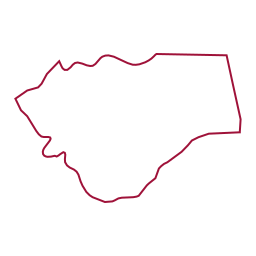 SVG path tracing the border of Zomba
{"feature_id": "MWI-1920", "entity_name": "Zomba", "entity_type": "District", "adm_level": 1, "iso_a3": "MWI", "parent_name": "Malawi", "parent_adm1": "", "projection": "robinson", "projection_center": [35.338, -15.445], "detail": "fine", "context": "isolated", "style": "outline", "palette": "rose", "viewbox_px": 256, "rotation_deg": 0, "n_neighbors": 0, "source": "natural_earth", "source_scale": "10m", "svg_char_len": 1232}
<svg xmlns="http://www.w3.org/2000/svg" viewBox="0 0 256 256"><path d="M226.6,55.3L232.9,84.4L240.6,119.3L239.8,132.0L239.8,132.3L239.7,132.3L208.8,133.7L198.5,137.2L191.9,140.5L187.9,145.3L181.6,151.8L167.3,162.3L164.0,163.9L161.1,166.2L158.9,168.5L155.4,178.2L148.8,183.5L146.8,185.4L138.7,195.8L136.6,196.6L133.2,197.2L121.8,197.7L118.4,198.4L114.7,200.4L112.4,201.4L104.9,202.0L92.6,197.2L89.6,195.2L86.3,191.9L82.5,185.7L80.6,181.4L78.4,174.6L76.6,171.7L74.0,169.6L69.7,167.5L67.0,165.4L65.1,162.2L64.9,159.1L65.3,154.7L64.8,152.8L63.3,152.2L60.3,154.1L58.5,155.5L56.7,156.5L54.8,155.8L51.0,156.6L47.5,156.8L46.0,156.5L44.3,155.7L43.1,154.1L42.8,151.8L43.3,149.8L44.3,147.9L49.9,140.5L50.6,138.8L50.2,137.5L48.4,137.0L43.7,137.0L41.4,136.5L38.8,134.3L36.3,131.0L27.2,116.2L21.0,110.3L15.4,98.7L27.2,90.5L38.1,87.4L41.6,83.7L46.9,74.0L59.2,61.2L61.5,66.3L62.6,68.3L64.6,69.9L67.3,69.9L70.6,67.3L72.8,64.7L75.0,63.0L77.7,62.5L82.3,63.6L86.7,65.3L90.2,66.0L92.7,65.8L95.4,64.0L100.5,58.1L102.3,56.7L105.3,55.6L108.5,55.4L113.9,56.7L127.7,63.1L132.7,64.7L135.8,64.8L139.4,64.3L145.2,62.3L148.6,60.5L151.4,58.6L154.1,56.1L154.7,55.4L155.7,54.5L156.5,54.0L226.5,55.3L226.6,55.3Z" fill="none" stroke="#9f1239" stroke-width="2"/></svg>